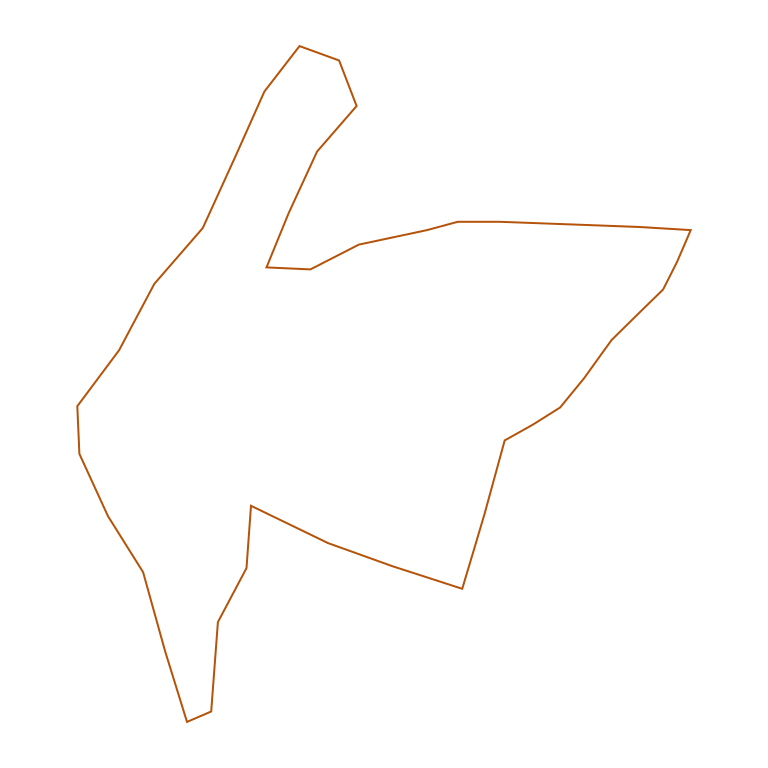 outline of Hazar, Balkan, Turkmenistan
{"feature_id": "10190150B7816159308361", "entity_name": "Hazar", "entity_type": "district", "adm_level": 2, "iso_a3": "TKM", "parent_name": "Turkmenistan", "parent_adm1": "Balkan", "projection": "robinson", "projection_center": [53.382, 39.496], "detail": "fine", "context": "isolated", "style": "outline", "palette": "amber", "viewbox_px": 768, "rotation_deg": 0, "n_neighbors": 0, "source": "geoboundaries", "source_scale": "gbopen_adm2", "svg_char_len": 662}
<svg xmlns="http://www.w3.org/2000/svg" viewBox="0 0 768 768"><path d="M457.7,221.8L427.0,230.1L358.8,244.6L310.4,269.4L266.5,267.4L288.5,213.5L317.1,151.5L356.6,106.0L339.1,60.5L299.5,46.1L264.4,91.5L235.8,155.6L202.8,228.0L154.3,283.9L119.1,350.2L77.3,406.2L79.4,453.9L108.0,516.2L143.1,572.2L165.1,651.2L187.0,721.9L211.2,711.5L217.9,622.1L246.5,568.1L251.0,505.8L328.0,543.1L391.8,566.0L462.2,588.8L463.6,584.2L474.7,547.1L484.5,514.1L504.7,440.4L532.9,424.6L560.1,407.5L584.2,378.1L605.0,349.1L611.7,339.9L638.0,314.0L663.1,289.5L677.0,262.0L687.7,237.2L690.7,230.1L639.4,227.0L499.7,221.8L457.7,221.8Z" fill="none" stroke="#b45309" stroke-width="2"/></svg>